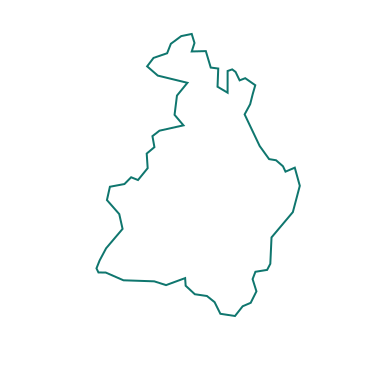 the district of Kuçovë, Korçë, Albania, rotated 311°
{"feature_id": "67620474B90792074310011", "entity_name": "Kuçovë", "entity_type": "district", "adm_level": 2, "iso_a3": "ALB", "parent_name": "Albania", "parent_adm1": "Korçë", "projection": "equal_earth", "projection_center": [20.706, 40.677], "detail": "fine", "context": "isolated", "style": "outline", "palette": "teal", "viewbox_px": 384, "rotation_deg": 311, "n_neighbors": 0, "source": "geoboundaries", "source_scale": "gbopen_adm2", "svg_char_len": 1013}
<svg xmlns="http://www.w3.org/2000/svg" viewBox="0 0 384 384"><g transform="rotate(311 192 192)"><path d="M130.1,133.1L127.6,151.6L118.6,163.8L93.2,164.1L85.8,165.8L79.7,167.2L71.7,170.0L69.9,174.2L74.6,179.7L80.4,198.2L99.8,222.1L104.7,233.5L122.5,243.3L117.1,248.7L116.7,261.2L123.3,271.5L123.7,281.3L118.7,293.3L126.6,305.8L139.0,305.2L146.9,309.0L159.3,305.8L166.0,294.9L173.4,292.2L182.5,299.8L189.2,298.2L209.9,281.8L243.0,281.3L267.4,269.3L277.8,253.6L268.7,249.2L271.1,243.8L271.1,234.6L267.4,228.6L271.1,212.9L285.1,180.8L296.4,178.3L305.9,173.5L314.1,169.7L312.8,157.5L307.5,154.7L311.2,146.1L310.9,141.9L306.7,139.5L290.3,153.7L288.2,142.2L302.4,130.8L298.2,124.5L307.4,110.0L297.9,99.6L306.1,96.1L311.1,88.1L302.6,81.6L290.0,78.8L280.4,82.2L268.0,75.0L257.4,75.7L257.4,89.8L271.4,116.9L254.9,117.4L238.8,128.2L236.7,141.8L216.9,127.2L208.2,125.5L201.2,134.2L191.3,132.6L180.9,142.9L165.6,143.4L163.2,136.4L153.7,135.8L142.1,126.6L130.1,133.1Z" fill="none" stroke="#0f766e" stroke-width="2"/></g></svg>